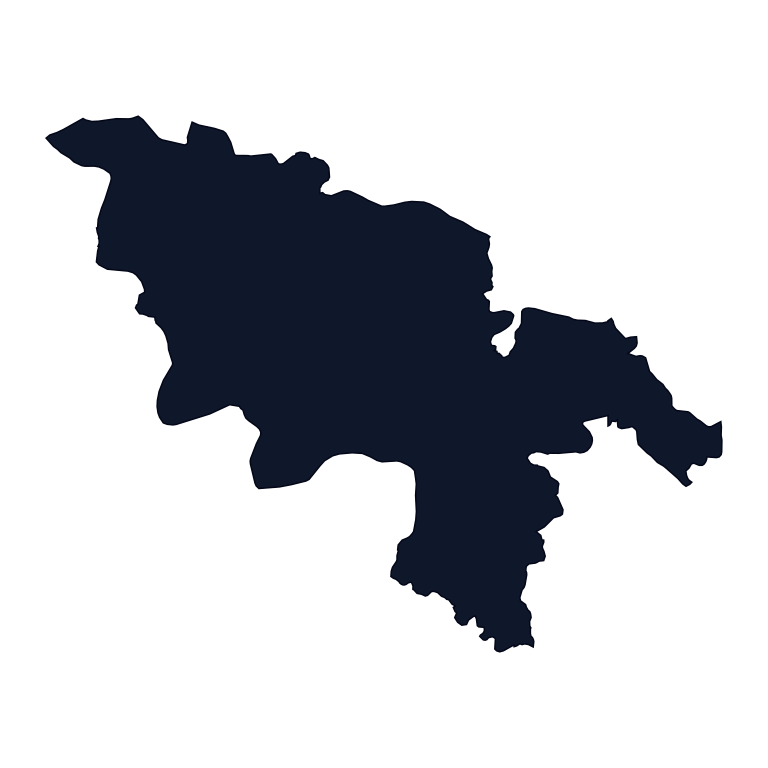 Oubritenga, Oubritenga, Burkina Faso (Albers equal-area conic projection)
{"feature_id": "67063806B42476727458569", "entity_name": "Oubritenga", "entity_type": "district", "adm_level": 2, "iso_a3": "BFA", "parent_name": "Burkina Faso", "parent_adm1": "Oubritenga", "projection": "albers", "projection_center": [-1.222, 12.597], "detail": "fine", "context": "isolated", "style": "filled", "palette": "ink", "viewbox_px": 768, "rotation_deg": 0, "n_neighbors": 0, "source": "geoboundaries", "source_scale": "gbopen_adm2", "svg_char_len": 6102}
<svg xmlns="http://www.w3.org/2000/svg" viewBox="0 0 768 768"><path d="M533.2,647.0L533.8,641.7L533.4,639.7L532.4,637.5L530.9,636.1L530.4,633.6L530.4,628.7L530.9,627.9L529.8,626.1L529.6,621.4L531.1,617.5L530.6,614.0L529.8,611.7L527.9,610.0L526.3,607.2L525.6,604.6L520.5,600.8L519.8,597.7L522.0,590.1L524.0,587.5L525.0,584.9L526.7,575.0L526.6,572.7L525.8,570.5L526.1,567.3L526.7,565.9L529.0,563.9L535.7,563.0L539.2,561.1L543.7,560.6L545.2,556.2L543.9,551.3L542.5,548.2L542.3,546.2L543.8,542.1L543.7,540.1L541.9,539.9L540.8,535.4L536.1,531.6L544.4,526.9L553.5,517.8L560.2,515.8L562.4,514.2L563.0,509.8L557.6,497.5L555.4,495.3L557.8,493.0L558.1,487.4L558.8,483.8L557.4,481.6L550.4,477.0L548.0,471.0L544.1,467.5L538.0,466.0L537.4,465.2L533.8,465.1L530.4,463.3L527.1,458.2L528.3,455.6L531.3,453.1L533.9,452.7L536.1,451.6L540.9,452.0L547.7,454.1L549.7,453.2L558.6,453.3L576.0,451.8L580.0,452.9L583.9,452.2L587.2,450.5L590.1,447.2L591.7,444.0L592.4,440.5L592.1,437.4L589.4,431.9L582.8,425.0L582.5,423.4L583.0,421.9L585.1,421.0L608.0,415.5L608.0,426.0L609.6,425.2L610.6,423.9L611.7,421.1L615.6,421.5L617.3,419.9L617.9,426.8L618.9,427.6L621.7,428.6L628.8,427.5L632.2,426.5L636.0,429.7L636.8,431.6L637.4,439.6L638.4,444.5L647.2,453.0L651.3,456.0L657.4,462.4L663.5,466.0L665.6,467.7L677.9,478.5L682.6,483.8L686.0,486.3L689.8,484.3L691.8,482.2L689.0,480.2L687.7,478.4L686.6,475.6L685.8,471.0L689.0,468.1L691.4,463.9L693.9,463.2L699.1,465.3L702.3,465.3L704.1,464.1L705.7,461.8L706.6,459.4L706.9,456.9L716.5,457.6L719.2,456.9L721.2,454.6L721.7,451.8L721.9,440.1L721.1,435.2L721.4,426.9L720.8,421.6L711.3,426.6L708.6,426.8L706.4,425.9L700.4,421.1L696.9,419.1L689.7,412.7L688.0,411.8L677.1,410.6L675.6,409.9L673.4,407.8L671.8,405.8L671.7,398.3L671.2,395.8L670.3,394.2L667.7,390.5L665.4,388.3L662.9,384.4L656.7,379.6L652.3,374.1L649.6,371.5L645.6,357.8L642.4,356.0L640.2,355.7L635.9,356.4L627.9,353.5L634.4,348.3L636.3,346.0L637.1,342.9L636.5,336.7L630.5,337.2L625.9,338.5L624.9,338.1L615.6,328.3L613.8,324.3L613.1,321.3L611.3,318.4L607.9,320.8L607.9,321.7L602.5,323.0L594.9,323.1L585.3,320.5L577.4,320.2L573.2,319.3L568.8,317.1L551.9,313.6L534.8,308.7L528.4,308.0L525.5,308.4L523.1,309.5L521.8,311.5L521.5,323.4L519.1,328.2L517.6,329.3L515.4,332.2L515.1,338.1L516.2,340.5L515.8,343.1L513.4,348.3L510.3,351.8L509.1,355.3L505.2,357.3L503.7,357.5L501.8,356.8L501.8,355.9L499.0,353.3L497.2,353.4L496.9,351.3L494.2,350.5L495.6,349.5L495.9,346.6L494.8,345.8L491.4,345.4L490.4,341.8L491.8,337.4L494.1,334.5L499.7,332.1L505.4,328.7L508.6,326.2L511.3,323.3L513.7,315.8L513.3,314.6L510.6,312.1L504.0,310.8L494.2,312.7L492.7,312.7L489.6,311.6L488.9,309.5L489.3,301.5L488.5,300.3L486.5,299.5L482.6,293.7L486.5,291.1L491.3,289.8L492.9,286.6L491.8,285.4L492.0,282.5L490.6,279.7L490.9,277.9L492.1,276.1L491.7,271.5L492.2,267.9L491.5,265.1L488.4,258.7L486.8,253.1L488.9,247.3L489.4,243.8L488.6,239.3L488.9,237.9L489.9,236.7L486.5,234.5L475.0,229.6L463.1,222.2L449.7,216.4L440.1,209.3L429.8,204.1L423.8,202.1L411.6,201.5L404.8,202.3L393.9,205.0L385.0,206.2L381.7,206.2L367.9,200.3L362.6,197.2L350.3,191.4L347.4,190.8L343.7,191.0L331.4,195.8L324.9,194.6L322.6,192.6L319.9,193.3L319.8,188.0L320.7,187.0L321.7,184.6L324.4,182.0L328.0,180.2L329.5,177.1L328.8,167.9L327.4,165.2L323.1,160.7L318.9,159.5L314.8,157.5L312.2,158.9L310.1,158.4L309.1,155.1L308.3,154.0L305.0,152.7L300.1,152.2L296.1,153.4L295.5,155.5L292.7,156.3L283.4,163.6L281.0,164.2L278.4,163.9L275.5,158.6L271.8,154.5L270.8,154.0L250.9,156.1L247.9,155.6L236.0,155.5L234.9,154.9L234.1,153.6L230.7,142.3L227.9,136.9L225.8,133.3L223.3,131.2L214.4,128.4L198.9,125.1L192.1,122.1L187.4,137.4L187.8,140.3L187.6,143.1L186.8,144.1L184.6,145.0L161.9,139.8L158.4,137.9L142.9,119.7L138.2,116.2L132.4,118.3L129.0,118.9L116.3,118.7L98.4,121.2L91.8,121.5L85.7,120.0L83.0,118.5L63.4,129.5L57.1,132.5L49.8,135.0L46.1,138.1L53.5,146.4L57.6,149.4L60.9,152.6L69.7,157.9L73.9,161.9L81.7,165.6L84.9,166.2L94.2,166.1L98.8,166.9L103.8,169.0L110.0,173.3L111.0,175.8L111.3,178.6L110.7,181.5L104.9,199.7L101.5,208.2L98.2,219.3L97.6,227.8L96.6,227.9L97.3,232.2L98.8,236.6L98.5,238.4L99.1,239.7L99.2,243.2L98.0,246.3L99.0,246.3L97.7,250.8L96.4,261.9L99.0,264.8L107.4,269.2L128.0,271.1L133.1,272.7L136.4,275.1L141.7,281.7L144.5,289.3L144.7,292.2L139.4,295.1L137.9,304.1L136.6,305.1L135.5,307.9L139.6,313.8L142.8,314.0L146.7,315.3L148.5,316.4L154.8,317.1L155.2,320.4L155.8,321.3L156.0,323.0L161.1,327.7L163.9,331.5L165.9,335.8L168.1,343.4L168.6,349.7L172.7,362.9L172.4,365.1L163.4,380.3L159.1,391.5L157.4,400.3L157.1,406.6L158.0,412.9L159.6,417.3L163.3,422.9L167.2,424.3L173.0,424.9L176.3,424.4L209.8,413.9L229.7,404.7L239.3,406.3L240.8,408.5L243.0,410.2L244.3,414.7L245.9,418.1L248.6,420.6L256.8,426.5L259.4,429.1L260.8,432.0L260.6,435.3L256.4,443.7L250.7,458.5L250.2,461.0L250.4,463.8L255.0,483.1L256.2,485.9L258.9,488.5L279.4,486.9L291.5,484.6L306.0,481.0L309.1,479.4L320.1,465.7L324.6,460.7L332.7,455.8L339.4,453.9L352.1,452.8L362.3,453.4L370.2,456.7L377.2,460.5L382.0,461.8L396.9,460.9L400.6,461.6L407.6,464.8L411.4,467.3L414.5,470.6L415.7,478.9L416.3,484.0L415.6,495.3L416.4,511.5L415.8,519.7L413.6,531.6L412.0,533.9L409.6,536.6L406.9,538.2L402.2,540.1L398.2,544.9L397.6,549.9L398.3,550.9L397.0,555.6L397.0,559.7L396.5,561.3L392.5,567.3L391.3,571.1L390.9,576.5L393.5,578.3L395.9,579.2L399.2,581.8L399.5,582.7L401.1,584.1L402.5,584.8L404.3,585.0L406.1,584.4L408.3,582.8L411.4,582.1L413.0,586.0L412.9,589.4L413.7,589.7L417.1,593.4L421.4,594.2L425.3,596.0L427.5,595.4L431.6,591.5L434.1,591.4L437.7,592.6L441.6,596.3L444.6,597.4L446.7,599.3L448.7,599.7L452.1,604.2L454.4,605.4L454.9,606.3L453.3,607.4L455.1,611.6L456.7,612.9L454.7,617.6L457.7,622.3L461.8,625.2L466.5,624.5L468.5,620.1L473.3,616.5L475.2,616.0L476.4,618.8L477.3,625.7L478.8,626.9L483.9,627.3L484.3,628.5L484.3,631.1L482.8,633.5L480.5,635.0L479.7,636.3L483.3,639.9L485.2,640.2L486.9,639.6L488.5,637.7L492.3,636.7L494.8,638.0L495.4,639.1L494.8,649.0L496.6,650.8L499.7,651.8L503.4,650.8L513.8,645.0L514.1,646.7L516.7,645.9L519.8,643.8L522.1,644.6L524.7,643.9L528.4,644.5L533.2,647.0Z" fill="#0f172a" stroke="#020617" stroke-width="1.5"/></svg>